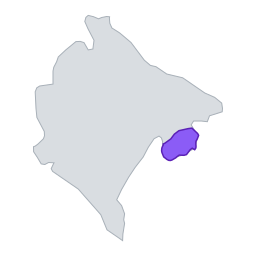 Plav highlighted on a map of Montenegro
{"feature_id": "MNE-1503", "entity_name": "Plav", "entity_type": "Municipality", "adm_level": 1, "iso_a3": "MNE", "parent_name": "Montenegro", "parent_adm1": "", "projection": "orthographic", "projection_center": [19.907, 42.587], "detail": "fine", "context": "in_parent", "style": "filled", "palette": "violet", "viewbox_px": 256, "rotation_deg": 0, "n_neighbors": 0, "source": "natural_earth", "source_scale": "10m", "svg_char_len": 1701}
<svg xmlns="http://www.w3.org/2000/svg" viewBox="0 0 256 256"><path d="M109.6,16.8L109.4,18.4L109.8,23.3L111.9,28.0L119.6,32.9L131.0,42.5L144.3,60.2L150.4,65.4L156.0,66.7L166.7,74.0L174.3,75.8L182.7,77.8L204.8,93.0L214.7,97.4L221.7,103.1L222.5,108.5L222.2,111.8L209.5,115.8L207.3,121.7L201.1,121.0L193.6,121.0L191.2,124.8L194.8,131.0L197.1,138.3L195.3,148.3L194.6,149.6L192.8,149.3L182.3,155.1L174.4,157.8L167.3,159.2L164.0,156.4L162.3,152.6L162.6,141.6L161.4,137.9L159.0,136.1L154.1,138.7L148.4,147.1L143.2,157.0L135.2,167.3L128.7,177.1L121.6,189.5L116.7,199.8L121.6,205.6L124.6,213.8L123.7,219.8L124.6,223.4L122.9,234.0L122.6,240.6L107.0,229.8L100.8,214.7L78.3,189.1L52.6,171.4L51.2,168.7L52.7,165.4L54.0,162.8L48.6,162.5L44.8,164.5L41.2,163.9L37.3,157.3L33.6,151.7L33.5,146.7L35.2,146.1L37.8,144.2L43.4,138.8L44.5,135.9L44.3,131.5L36.9,117.5L36.0,108.5L35.2,91.8L36.8,87.8L39.7,86.0L53.0,84.1L53.0,71.1L53.8,67.2L56.6,61.8L58.3,56.9L65.8,49.9L75.9,41.6L80.2,41.4L84.0,42.6L88.2,49.9L92.9,49.0L94.0,40.3L88.0,28.8L84.8,21.5L85.9,17.4L88.2,15.4L93.5,16.7L98.5,18.8L101.7,17.5L106.7,16.5L109.6,16.8Z" fill="#d9dde1" stroke="#a8b0b8" stroke-width="1"/><path d="M191.9,128.1L197.6,133.5L198.4,134.9L198.6,135.4L197.3,138.9L196.1,141.0L195.8,142.1L195.8,144.3L196.0,146.2L195.9,147.9L194.7,149.7L192.2,148.2L190.1,149.8L186.5,154.6L184.0,155.3L179.2,155.1L176.7,156.9L175.8,157.8L172.0,160.0L171.4,160.2L170.4,160.5L168.6,160.3L166.9,159.4L163.7,156.9L162.0,152.7L161.7,151.5L161.6,150.5L161.8,148.5L162.0,147.6L162.7,146.0L163.2,145.2L163.3,145.4L163.2,144.0L164.9,143.2L170.8,138.9L174.4,134.1L178.9,130.7L179.3,130.6L188.2,128.6L191.9,128.1Z" fill="#8b5cf6" stroke="#5b21b6" stroke-width="1.5"/></svg>